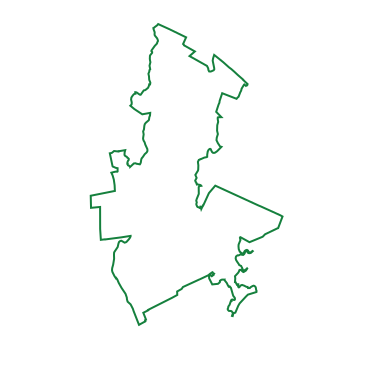 the district of Snagov, Ilfov, Romania, rotated 112°
{"feature_id": "2599482B17655976887004", "entity_name": "Snagov", "entity_type": "district", "adm_level": 2, "iso_a3": "ROU", "parent_name": "Romania", "parent_adm1": "Ilfov", "projection": "natural_earth1", "projection_center": [26.137, 44.692], "detail": "fine", "context": "isolated", "style": "outline", "palette": "green", "viewbox_px": 384, "rotation_deg": 112, "n_neighbors": 0, "source": "geoboundaries", "source_scale": "gbopen_adm2", "svg_char_len": 6043}
<svg xmlns="http://www.w3.org/2000/svg" viewBox="0 0 384 384"><g transform="rotate(112 192 192)"><path d="M71.1,180.9L68.9,186.6L68.7,186.6L66.3,193.5L64.6,197.9L63.3,201.6L62.6,204.3L60.0,211.5L57.2,220.7L56.6,222.8L60.3,222.5L62.5,222.0L68.7,217.9L69.9,217.3L71.0,217.5L72.9,219.3L73.5,220.2L73.8,221.3L72.7,222.5L71.3,223.3L69.5,225.3L66.9,245.2L60.6,242.0L59.0,254.3L58.8,254.6L58.3,254.9L58.1,255.7L50.8,255.4L49.5,274.4L49.0,286.3L50.4,286.7L53.5,288.6L54.2,288.8L54.5,289.2L55.6,288.5L57.8,286.5L60.2,285.6L60.8,285.1L62.6,281.9L63.5,281.0L64.4,280.3L65.0,280.1L66.4,280.3L67.0,280.1L67.5,280.1L70.6,281.3L75.7,282.5L76.5,282.5L77.1,281.4L77.9,281.1L80.9,282.0L81.5,282.0L84.3,281.0L85.6,280.3L87.2,279.2L90.8,278.7L93.9,276.7L94.9,277.1L96.4,276.7L98.7,276.7L100.7,275.3L104.0,273.7L106.2,271.6L107.3,271.3L108.0,271.2L108.2,272.0L110.1,271.7L111.9,271.8L114.5,273.2L115.2,273.7L115.8,274.7L116.3,274.9L121.0,276.0L121.3,276.5L121.1,277.9L120.5,280.3L120.5,281.5L120.7,282.0L122.1,281.3L122.4,282.0L123.3,282.6L124.8,283.1L127.1,283.6L129.1,283.1L131.4,281.5L133.0,280.9L133.8,280.9L135.1,281.5L136.7,276.5L138.6,267.2L134.3,260.4L136.8,259.6L138.6,259.6L141.0,259.0L141.7,259.0L145.2,260.8L146.8,261.2L148.4,261.0L151.9,260.0L154.1,260.0L156.7,258.4L160.5,257.5L161.4,257.0L162.5,256.1L163.7,254.5L165.5,253.1L168.9,249.5L170.6,248.7L172.0,248.8L172.8,249.1L174.6,250.0L177.9,250.7L179.8,251.3L181.0,251.2L184.0,250.5L185.6,250.6L185.9,250.7L186.3,252.8L186.6,254.0L186.5,255.0L187.3,256.6L191.8,258.7L191.6,258.8L191.6,259.4L191.1,260.7L191.2,261.3L190.3,262.4L189.7,262.3L189.4,262.8L188.3,263.0L186.9,263.0L186.0,262.7L184.9,263.1L184.4,264.3L184.4,264.8L184.1,265.1L183.7,266.0L183.7,267.2L182.9,268.5L180.5,269.3L178.2,269.6L181.1,274.3L181.6,275.4L182.0,275.3L183.2,279.6L185.8,281.0L186.9,282.7L197.9,275.3L198.1,274.9L198.1,272.9L198.2,272.0L197.8,269.9L200.8,268.7L201.1,268.8L201.8,270.6L204.3,274.0L206.4,271.8L209.7,269.2L214.7,266.3L219.9,263.9L233.4,284.5L244.5,279.7L240.3,271.6L260.7,263.3L270.5,258.6L268.5,255.0L268.6,254.8L268.1,254.0L260.5,240.5L255.7,232.5L256.2,232.3L257.7,232.4L259.4,232.8L262.7,234.0L263.4,234.5L264.2,235.5L263.7,238.8L263.7,239.4L264.6,240.4L265.6,240.9L267.1,240.9L270.9,240.3L276.6,241.5L277.5,241.5L279.7,240.7L283.1,239.2L288.9,237.9L292.4,237.5L294.4,236.9L295.9,235.9L299.1,232.3L300.5,230.2L300.1,230.1L301.0,228.6L303.7,225.9L307.3,221.4L311.3,215.5L314.3,212.9L315.9,212.1L317.8,210.6L319.2,206.8L322.4,203.1L324.2,201.6L335.0,191.4L329.4,186.8L328.5,187.5L327.6,186.8L322.2,191.9L318.1,188.3L317.8,188.6L297.5,170.8L293.0,167.1L289.8,168.5L285.8,165.3L283.5,164.8L269.9,152.0L269.6,152.1L269.8,151.9L268.9,151.0L263.0,145.6L262.4,145.3L265.7,143.7L270.1,138.6L267.4,133.5L265.3,132.4L264.0,132.8L263.8,132.5L263.1,132.5L262.0,131.4L261.0,129.0L261.5,128.9L263.4,125.6L264.8,124.1L265.9,122.7L265.5,122.5L265.9,121.5L265.6,121.3L266.3,120.0L272.2,115.4L273.0,114.6L274.0,112.8L275.2,112.0L276.1,112.1L276.4,112.6L276.5,114.1L277.1,115.0L277.9,115.1L278.0,114.6L278.3,114.4L279.3,115.1L282.5,114.9L284.5,115.4L285.8,115.1L287.1,115.1L287.7,114.7L288.4,113.4L288.3,112.8L287.9,111.9L287.7,110.7L288.7,108.9L289.1,108.7L291.9,108.5L291.8,107.8L288.6,108.2L288.2,107.2L287.6,106.6L280.2,106.5L277.4,106.1L268.7,102.8L266.2,101.7L260.6,94.8L259.5,95.1L258.8,95.8L256.5,97.2L255.9,98.3L255.7,99.0L255.8,99.8L256.5,100.6L258.3,102.0L259.4,102.4L260.1,104.1L259.2,104.9L259.5,105.5L259.5,106.7L259.3,108.5L259.4,110.3L259.4,110.7L260.0,111.5L261.8,112.4L262.5,112.4L262.9,112.9L262.6,113.6L262.1,114.0L260.7,114.3L260.2,114.5L260.3,114.8L261.4,115.1L261.4,115.3L258.9,118.3L259.1,118.5L255.7,119.6L254.0,120.6L249.5,118.9L248.1,118.7L246.7,118.8L246.3,118.5L246.0,117.9L246.2,116.8L246.9,115.0L246.9,114.2L244.7,112.6L242.3,112.1L242.2,112.3L242.6,112.4L245.0,114.0L245.2,114.5L245.3,115.3L244.9,115.9L243.8,116.9L243.9,117.0L243.4,117.5L243.7,117.9L243.3,117.6L243.1,117.8L243.4,118.1L243.0,117.9L242.8,118.1L243.1,118.4L242.8,118.2L242.2,118.7L242.0,120.9L241.2,121.8L239.7,124.1L238.4,125.8L237.1,126.7L235.6,127.0L235.0,126.9L233.7,126.1L233.3,125.0L231.8,123.8L231.2,121.0L230.1,120.4L229.0,120.2L227.5,120.3L226.6,119.7L226.1,119.1L227.2,117.6L227.5,116.9L227.2,115.8L226.6,114.8L226.0,114.4L224.1,113.5L224.0,113.8L225.9,114.9L226.4,115.3L226.5,115.7L226.1,117.3L225.4,118.0L225.2,118.6L225.1,119.4L225.8,120.3L226.9,121.0L229.4,121.3L230.1,121.9L230.0,123.7L229.5,124.8L229.5,125.3L227.4,127.3L224.8,128.6L223.2,129.1L218.3,129.1L217.4,129.9L216.4,129.9L216.3,130.4L216.1,130.4L215.8,130.3L215.8,129.7L217.0,119.9L207.0,109.7L203.8,108.4L193.7,99.2L193.2,98.6L180.8,98.9L180.5,101.4L179.6,122.8L179.6,125.1L177.4,172.8L186.7,175.9L199.9,176.5L200.6,176.6L200.5,176.8L204.3,177.0L203.3,177.7L203.3,177.9L203.1,178.1L203.0,177.9L202.3,178.4L202.4,178.7L203.5,178.4L203.9,178.6L203.9,178.8L203.7,178.9L203.8,181.3L203.4,181.9L202.1,183.2L201.5,183.5L199.8,183.7L198.5,184.8L196.9,185.0L191.2,185.0L185.0,187.6L183.4,187.3L183.1,186.1L182.8,185.7L182.5,186.2L182.4,187.1L182.9,189.7L182.6,190.5L182.9,190.6L182.5,191.0L182.3,190.9L182.0,191.2L181.4,191.9L181.2,192.5L180.2,193.3L177.2,193.0L174.9,195.3L170.1,194.5L169.0,194.6L164.9,196.1L161.9,197.8L159.7,197.7L158.9,196.8L158.4,196.6L158.3,196.2L155.5,193.5L154.2,191.5L153.7,191.1L151.6,191.9L148.5,192.6L146.7,192.4L145.5,191.8L145.2,191.3L145.3,190.6L145.9,190.1L147.4,188.4L147.8,187.2L147.5,186.2L146.8,185.3L144.8,184.0L139.1,181.6L139.1,181.8L139.5,182.2L139.2,183.1L137.0,186.3L134.8,188.7L132.3,189.4L128.6,189.7L125.8,191.7L120.6,193.6L117.2,194.0L114.5,195.6L113.2,196.0L112.9,195.7L111.6,192.8L108.6,199.6L101.3,200.1L99.8,200.1L99.1,200.0L97.1,200.5L89.1,201.0L88.9,185.6L87.3,185.1L86.2,184.5L81.6,184.6L79.6,184.4L77.6,184.7L73.2,184.0L72.7,183.8L73.4,181.8L72.9,181.6L72.7,181.1L72.2,181.1L72.0,180.8L71.1,180.9ZM262.4,145.3L259.2,143.4L258.7,142.9L259.2,142.2L259.4,141.2L259.7,141.4L260.0,141.1L260.8,141.6L261.0,141.1L262.7,142.1L262.4,143.2L262.4,145.3Z" fill="none" stroke="#15803d" stroke-width="2"/></g></svg>